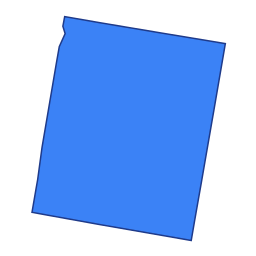 the district of Oktibbeha, Mississippi, United States of America, rotated 280°
{"feature_id": "52423323B5327957773533", "entity_name": "Oktibbeha", "entity_type": "district", "adm_level": 2, "iso_a3": "USA", "parent_name": "United States of America", "parent_adm1": "Mississippi", "projection": "natural_earth1", "projection_center": [-88.888, 33.426], "detail": "fine", "context": "isolated", "style": "filled", "palette": "blue", "viewbox_px": 256, "rotation_deg": 280, "n_neighbors": 0, "source": "geoboundaries", "source_scale": "gbopen_adm2", "svg_char_len": 423}
<svg xmlns="http://www.w3.org/2000/svg" viewBox="0 0 256 256"><g transform="rotate(280 128 128)"><path d="M28.2,65.0L28.2,65.4L28.0,116.2L28.2,209.8L49.4,209.7L86.5,209.7L117.2,209.6L117.8,209.6L159.3,209.5L228.0,209.2L227.3,140.6L227.0,106.3L226.8,80.8L226.7,46.3L216.9,46.2L210.0,49.7L196.2,46.2L179.5,46.2L94.2,46.7L61.4,48.0L53.3,48.0L28.3,48.1L28.2,65.0Z" fill="#3b82f6" stroke="#1e3a8a" stroke-width="1.5"/></g></svg>